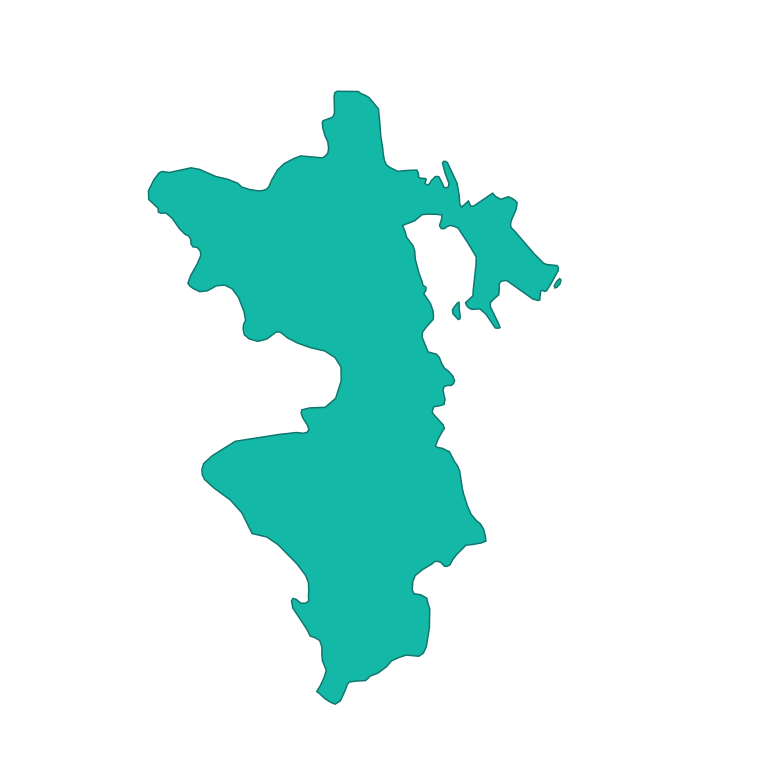 outline of Tajikistan, rotated 74°
{"feature_id": "TJK", "entity_name": "Tajikistan", "entity_type": "country or territory", "adm_level": 0, "iso_a3": "TJK", "parent_name": "Asia", "parent_adm1": "", "projection": "robinson", "projection_center": [70.744, 38.86], "detail": "fine", "context": "isolated", "style": "filled", "palette": "teal", "viewbox_px": 768, "rotation_deg": 74, "n_neighbors": 0, "source": "natural_earth", "source_scale": "50m", "svg_char_len": 4595}
<svg xmlns="http://www.w3.org/2000/svg" viewBox="0 0 768 768"><g transform="rotate(74 384 384)"><path d="M118.5,538.8L121.5,532.1L123.0,509.9L126.8,502.2L138.2,488.4L144.1,477.8L150.7,469.3L155.5,466.4L159.9,459.7L163.6,451.9L164.6,447.1L164.3,443.3L163.1,440.8L156.9,435.6L148.9,427.4L144.6,419.1L142.4,408.5L141.8,401.1L149.7,380.8L148.5,377.4L146.3,374.2L141.9,372.2L135.5,371.3L129.1,372.3L121.1,372.3L115.5,371.2L114.1,369.9L113.5,360.7L112.1,358.6L109.8,356.9L93.5,352.6L90.3,350.8L89.7,348.4L95.8,327.9L98.3,326.3L100.8,323.0L104.6,319.4L118.0,313.5L132.2,316.1L144.9,318.8L157.5,320.3L161.9,321.2L169.1,322.0L173.9,321.3L177.2,318.9L183.3,312.3L185.2,302.3L187.4,293.5L191.0,292.8L194.6,293.8L196.4,292.0L197.1,289.6L197.9,287.5L199.4,287.1L202.0,289.3L203.4,288.7L204.7,287.2L204.3,285.4L201.4,282.3L198.8,277.5L199.1,275.8L200.0,274.1L207.8,272.5L211.3,272.2L212.6,270.5L212.2,267.8L209.2,266.3L198.5,267.1L187.7,266.9L186.4,265.3L187.0,263.5L188.7,262.0L211.2,258.4L223.1,259.7L231.9,261.6L235.4,260.6L231.3,252.4L236.9,251.6L237.7,248.8L230.5,227.0L234.5,225.1L238.6,220.8L238.3,212.7L241.9,208.7L246.2,206.0L252.4,208.7L262.1,216.7L265.3,218.3L268.5,218.8L273.0,216.3L290.4,208.3L300.2,203.8L311.9,197.3L313.9,194.8L317.9,184.9L320.1,184.3L323.0,185.3L333.3,195.5L339.2,202.1L339.2,204.3L337.5,206.0L337.8,207.7L346.2,211.2L346.2,212.8L344.3,215.9L343.3,217.7L342.2,218.4L331.0,227.4L318.6,237.3L318.2,238.6L317.6,241.1L317.7,243.7L319.7,245.7L325.1,247.2L329.9,249.1L332.3,254.3L335.0,259.2L338.8,260.4L357.3,257.3L361.7,256.9L361.9,258.6L360.8,261.6L345.2,266.7L338.2,271.1L336.6,278.8L334.8,281.1L331.6,282.9L328.4,283.3L323.7,274.2L318.2,272.3L310.4,269.1L295.2,262.9L287.3,260.3L272.2,264.3L254.5,269.8L251.7,273.2L249.8,276.8L250.0,279.6L251.3,283.3L250.4,286.1L247.0,287.0L242.0,283.6L237.7,281.6L235.5,286.3L232.9,294.6L231.7,300.7L235.5,309.4L236.7,322.4L243.8,321.7L249.2,321.8L259.4,317.9L264.6,317.8L272.5,319.5L286.3,319.8L297.3,319.1L299.9,319.4L302.5,317.0L305.4,317.8L308.1,320.8L319.2,317.2L327.4,316.7L332.4,317.7L335.4,318.8L340.7,327.3L344.8,332.7L349.8,334.4L365.3,332.8L369.8,325.3L373.8,323.5L380.2,322.9L385.5,321.5L389.6,318.4L395.3,315.7L400.3,315.2L402.8,317.1L403.9,319.7L403.0,323.1L402.8,326.7L406.1,329.0L415.6,329.6L420.1,331.8L420.3,335.9L419.6,342.5L423.6,345.1L425.7,345.3L439.6,338.4L443.5,338.3L446.7,342.1L451.4,346.7L457.7,351.6L459.2,350.9L462.0,345.5L467.3,339.7L477.2,337.8L482.7,336.0L488.5,335.2L506.0,337.5L511.8,337.8L523.9,337.4L533.3,336.2L540.9,332.8L544.8,330.0L551.0,328.3L558.9,328.6L563.1,329.4L563.6,334.2L562.7,343.3L561.5,349.6L567.9,361.1L572.0,366.6L576.0,370.5L576.7,373.6L575.9,376.1L571.1,378.5L569.4,381.2L568.6,384.1L570.2,387.5L573.1,398.4L576.8,406.9L582.0,410.9L589.7,413.6L593.8,413.0L596.8,406.7L601.7,401.9L605.9,402.2L612.7,402.0L630.7,407.5L648.3,415.8L653.5,420.3L655.3,425.5L650.7,437.4L651.0,445.0L652.2,453.2L656.3,459.2L660.2,469.5L661.0,478.1L662.6,480.6L664.0,483.6L662.1,491.5L660.9,499.4L662.6,502.0L668.0,505.9L676.5,513.2L678.3,519.2L675.3,523.0L670.0,527.7L663.2,531.7L661.2,533.4L660.0,532.4L656.5,528.4L648.8,521.8L643.3,518.4L633.1,519.5L627.0,518.3L619.7,516.2L612.9,516.5L608.7,520.4L606.0,524.4L599.2,525.6L589.4,528.6L574.3,533.4L567.0,532.7L565.0,530.6L566.6,527.9L571.8,524.4L573.0,520.1L571.9,516.2L567.1,515.1L565.2,514.5L563.1,513.6L553.7,511.3L546.2,512.2L533.2,517.1L509.3,530.1L498.8,538.8L491.4,552.0L468.6,556.2L453.0,563.8L437.0,576.2L426.3,582.8L421.1,583.7L415.9,582.6L410.7,579.2L405.6,568.9L401.1,553.3L398.1,542.9L399.7,529.7L401.6,514.6L403.5,499.2L406.5,481.5L409.1,475.2L409.2,471.0L406.9,468.8L402.1,469.0L394.6,471.3L389.3,471.7L386.2,470.2L386.5,462.0L390.2,447.0L384.4,434.4L369.0,424.2L355.9,420.7L345.0,423.8L335.9,431.9L328.6,445.0L320.9,455.7L313.0,464.1L307.3,468.1L305.5,469.6L304.3,473.2L308.5,484.3L308.2,493.6L303.5,501.1L298.2,504.7L292.5,504.3L288.0,502.6L284.6,499.5L275.5,498.6L260.7,500.0L250.5,503.8L245.0,509.9L243.4,517.9L245.7,527.9L244.5,535.6L239.8,540.9L236.0,543.9L233.0,544.7L226.6,540.1L216.8,530.2L210.0,524.8L206.3,524.0L204.3,524.5L202.0,525.5L200.7,526.8L199.6,529.8L196.4,530.9L191.9,530.0L187.8,530.9L185.3,534.0L178.4,537.8L166.2,542.0L159.5,546.5L158.4,551.3L156.5,553.5L152.8,552.7L141.8,559.3L133.4,557.2L124.1,548.8L119.0,541.8L118.5,538.8ZM342.5,294.8L335.7,298.3L331.8,297.9L328.7,294.5L326.5,291.3L326.0,289.5L327.1,289.5L332.3,291.0L339.6,292.0L342.2,292.9L342.5,294.8ZM338.8,193.2L336.6,193.4L332.6,189.1L331.2,186.1L332.8,185.2L336.3,187.3L338.6,191.0L338.8,193.2Z" fill="#14b8a6" stroke="#0f766e" stroke-width="1.5"/></g></svg>